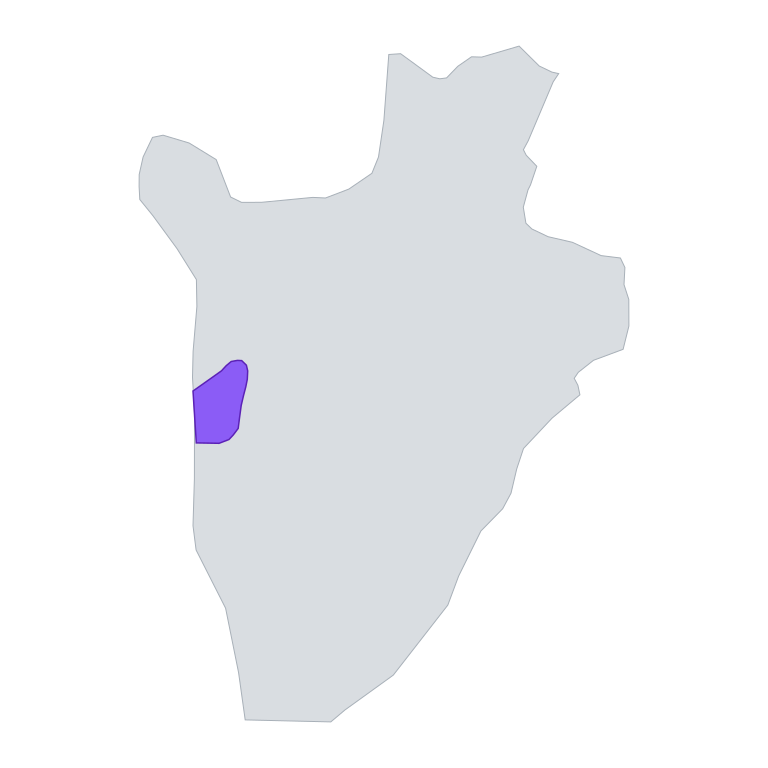 Burundi, with Bujumbura Mairie highlighted
{"feature_id": "BDI-3364", "entity_name": "Bujumbura Mairie", "entity_type": "Province", "adm_level": 1, "iso_a3": "BDI", "parent_name": "Burundi", "parent_adm1": "", "projection": "natural_earth1", "projection_center": [29.344, -3.441], "detail": "fine", "context": "in_parent", "style": "filled", "palette": "violet", "viewbox_px": 768, "rotation_deg": 0, "n_neighbors": 0, "source": "natural_earth", "source_scale": "10m", "svg_char_len": 1356}
<svg xmlns="http://www.w3.org/2000/svg" viewBox="0 0 768 768"><path d="M558.7,73.6L553.2,81.8L528.2,140.8L523.4,149.7L526.2,155.2L536.8,166.3L530.5,184.9L528.0,189.9L523.3,207.2L525.9,223.2L531.9,229.0L548.1,236.7L572.4,242.3L601.1,255.6L620.4,258.0L624.9,267.5L624.0,284.6L628.8,299.5L628.9,326.0L623.1,349.3L593.5,360.3L578.3,372.3L574.2,378.3L577.9,385.3L579.9,394.8L552.1,418.1L523.5,448.5L516.7,469.0L511.0,493.2L502.7,508.7L480.9,531.0L458.7,575.9L447.8,605.1L393.3,675.1L344.9,710.0L330.8,721.9L245.2,719.9L238.6,672.7L225.6,608.2L196.1,550.0L193.0,525.7L194.4,478.8L194.5,412.8L192.5,377.3L193.1,351.4L196.9,306.5L196.4,279.6L177.0,248.6L152.9,215.7L139.8,199.5L139.1,186.5L139.2,174.5L143.1,157.0L152.5,137.4L163.1,135.2L189.1,143.0L216.2,159.6L230.6,197.0L241.6,202.4L261.6,202.3L312.8,197.4L325.5,198.0L348.8,189.1L371.9,173.3L378.5,157.0L383.9,120.4L388.8,54.5L400.6,53.7L432.8,77.2L439.8,78.8L446.6,77.9L457.8,66.3L471.5,56.8L481.7,57.1L519.1,46.1L539.2,66.0L551.9,72.1L558.7,73.6Z" fill="#d9dde1" stroke="#a8b0b8" stroke-width="1"/><path d="M196.3,442.9L193.0,391.0L208.0,380.4L221.5,370.8L226.2,365.7L231.2,361.5L237.4,360.4L241.7,360.6L246.4,365.2L247.7,370.9L247.3,379.3L245.8,386.8L243.5,395.6L241.2,405.5L239.5,418.1L238.2,428.4L233.3,434.9L229.0,439.5L219.1,443.3L196.3,442.9Z" fill="#8b5cf6" stroke="#5b21b6" stroke-width="1.5"/></svg>